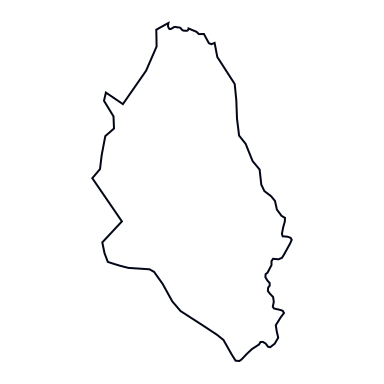 Tomás Gomensoro, Artigas, Uruguay (Equal Earth projection)
{"feature_id": "84410073B21516970861413", "entity_name": "Tomás Gomensoro", "entity_type": "district", "adm_level": 2, "iso_a3": "URY", "parent_name": "Uruguay", "parent_adm1": "Artigas", "projection": "equal_earth", "projection_center": [-57.351, -30.496], "detail": "fine", "context": "isolated", "style": "outline", "palette": "ink", "viewbox_px": 384, "rotation_deg": 0, "n_neighbors": 0, "source": "geoboundaries", "source_scale": "gbopen_adm2", "svg_char_len": 1665}
<svg xmlns="http://www.w3.org/2000/svg" viewBox="0 0 384 384"><path d="M102.3,242.4L104.5,253.1L107.8,261.9L113.9,263.9L120.2,265.8L128.4,267.9L137.6,268.5L149.5,269.3L154.1,271.9L162.7,284.0L172.3,301.4L180.5,311.0L202.0,324.9L216.9,334.7L223.5,340.0L231.7,354.5L235.6,360.7L239.4,361.0L241.8,359.2L246.8,353.9L251.9,349.1L259.0,344.5L260.5,342.0L262.9,341.9L265.7,343.6L268.1,346.8L270.2,347.2L274.7,343.7L278.2,337.7L276.7,331.1L275.8,325.2L280.6,317.5L284.0,313.0L282.7,310.8L280.5,310.0L277.5,309.3L274.0,308.5L272.8,306.8L273.8,301.8L273.1,297.0L269.9,293.7L267.9,291.0L268.1,287.8L269.7,285.6L269.6,282.9L267.5,280.7L265.4,277.2L265.6,274.2L267.5,272.7L271.5,265.1L271.5,261.2L273.0,258.8L278.5,259.3L282.0,257.8L284.1,254.4L290.1,243.5L291.7,239.8L290.6,237.8L287.4,236.7L282.7,236.3L281.9,233.9L283.2,227.2L284.8,221.6L285.0,217.9L281.5,215.8L276.9,209.6L275.0,201.0L271.2,196.3L264.4,191.1L261.3,184.7L259.6,169.5L252.6,161.1L248.6,151.2L245.7,143.9L239.1,135.6L237.0,118.7L236.3,100.1L234.7,84.0L225.3,69.4L217.3,57.0L214.6,42.9L211.5,44.2L208.9,43.2L203.9,34.0L198.9,34.1L196.5,31.8L188.6,28.5L188.6,28.8L188.5,29.2L188.1,29.9L187.5,30.5L186.8,30.8L184.6,30.7L183.4,30.6L182.2,30.0L181.3,29.0L180.6,28.1L179.9,27.7L179.0,27.4L177.3,27.4L176.1,27.0L175.1,26.9L174.3,27.0L173.8,27.2L172.3,28.2L172.2,28.2L171.7,28.5L170.6,29.0L170.1,29.1L169.6,29.0L169.3,28.9L169.1,28.6L168.4,27.3L168.2,26.8L168.0,26.2L168.1,24.8L168.2,24.0L168.4,23.0L156.3,29.7L156.6,46.5L146.1,70.7L122.9,104.1L105.9,92.6L104.0,100.8L113.5,116.4L114.0,128.5L105.3,136.1L101.7,155.0L100.0,169.1L92.3,178.2L121.9,221.4L102.3,242.4Z" fill="none" stroke="#020617" stroke-width="2"/></svg>